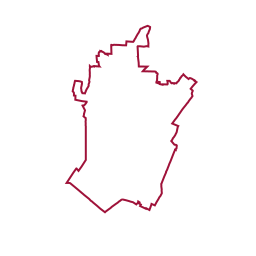 the district of Nicseni, Botosani, Romania, rotated 232°
{"feature_id": "2599482B7435207747893", "entity_name": "Nicseni", "entity_type": "district", "adm_level": 2, "iso_a3": "ROU", "parent_name": "Romania", "parent_adm1": "Botosani", "projection": "natural_earth1", "projection_center": [26.665, 47.868], "detail": "fine", "context": "isolated", "style": "outline", "palette": "rose", "viewbox_px": 256, "rotation_deg": 232, "n_neighbors": 0, "source": "geoboundaries", "source_scale": "gbopen_adm2", "svg_char_len": 5783}
<svg xmlns="http://www.w3.org/2000/svg" viewBox="0 0 256 256"><g transform="rotate(232 128 128)"><path d="M205.8,153.4L205.4,152.8L205.4,152.2L205.6,151.8L205.4,151.5L205.2,151.3L205.1,151.1L204.8,150.8L202.7,149.4L202.9,149.0L203.5,148.5L204.2,147.6L202.9,146.7L202.3,146.3L201.0,145.5L199.1,144.3L198.2,145.3L196.6,144.4L195.3,143.7L194.3,143.4L194.1,143.4L194.4,143.1L194.5,142.8L195.3,142.0L196.0,141.1L196.3,141.0L197.0,140.1L197.4,139.8L197.8,139.2L197.5,139.0L197.9,138.7L198.0,138.4L198.8,136.8L199.0,136.5L199.6,136.2L200.3,136.1L199.8,135.7L198.8,135.1L198.2,134.4L197.2,133.4L195.4,132.2L194.1,131.2L193.7,130.8L192.5,130.0L191.4,128.9L191.0,128.4L189.6,126.8L189.2,126.5L188.4,126.3L188.0,125.9L187.6,125.4L187.1,124.5L186.8,124.0L186.4,123.6L185.5,123.0L185.4,122.8L185.0,122.0L184.6,120.8L184.3,120.2L184.1,119.5L183.6,118.4L183.2,117.9L183.1,117.4L182.6,116.9L182.2,115.8L181.8,115.4L183.5,113.5L183.9,113.7L184.7,113.7L184.8,113.8L185.0,113.8L185.2,114.0L185.6,114.0L185.8,114.1L187.2,115.0L188.2,115.5L188.7,116.0L189.4,116.8L189.8,117.4L190.7,118.3L191.0,118.8L191.6,119.3L192.7,120.0L194.5,118.8L194.8,118.4L195.4,117.9L197.8,115.3L197.7,115.1L197.5,114.9L196.5,113.7L195.7,112.8L195.3,112.1L194.9,111.8L194.5,111.2L194.0,110.6L193.3,109.6L192.8,109.2L192.5,108.8L192.2,108.3L191.9,108.1L191.0,107.0L190.2,107.1L189.2,107.1L188.0,106.3L186.9,105.4L185.8,106.5L182.7,103.9L182.0,104.5L181.8,104.6L181.6,104.8L177.5,108.3L174.2,111.6L173.8,111.3L173.5,110.3L173.2,109.4L173.0,108.4L172.9,107.3L173.5,106.5L173.7,106.0L168.4,105.0L166.6,102.6L166.4,102.2L166.2,102.0L166.0,101.9L164.9,100.7L164.7,100.2L163.1,100.4L161.9,100.8L161.5,100.5L160.1,99.5L159.4,98.7L157.8,97.6L157.3,97.2L156.1,96.2L155.3,95.8L152.9,93.9L128.8,75.1L126.8,69.4L126.2,67.7L124.7,62.6L127.8,62.5L127.9,62.3L126.5,57.6L122.5,45.8L121.1,47.6L120.5,48.2L120.2,48.4L119.9,48.5L110.3,50.6L104.9,51.7L104.1,51.9L102.4,52.2L96.1,53.7L93.6,53.9L92.2,54.4L90.8,54.6L85.8,55.7L81.5,56.5L75.8,58.0L75.9,58.8L75.8,62.9L75.7,64.9L75.8,66.1L75.9,66.8L75.8,67.4L75.8,68.6L75.7,70.3L75.7,71.1L75.5,73.8L75.6,75.4L75.6,76.2L75.5,76.6L75.5,77.0L75.5,78.5L75.5,79.5L75.5,79.4L75.2,79.6L72.5,81.8L69.8,83.8L68.4,84.7L66.5,86.2L62.7,87.5L62.9,88.3L62.8,89.1L62.9,89.5L63.1,89.9L63.3,90.2L63.8,90.8L62.3,91.3L61.9,90.2L59.7,91.0L59.1,89.5L53.3,92.4L53.6,92.9L50.2,94.4L51.5,96.5L53.0,98.9L53.7,99.8L50.5,101.5L52.1,105.1L53.3,108.3L54.1,110.0L54.5,111.8L55.0,112.8L55.6,114.2L55.9,114.6L57.9,115.9L58.9,116.8L61.3,118.2L62.0,118.7L62.4,119.1L63.4,119.7L63.4,119.9L64.2,121.2L67.5,126.8L69.6,130.7L69.9,130.8L70.1,131.1L71.1,133.3L72.0,134.7L73.2,136.8L74.3,138.5L75.0,139.9L75.9,141.5L79.3,147.2L81.0,150.1L81.3,150.8L81.6,151.3L82.1,151.8L82.0,152.0L81.5,152.2L81.8,152.4L82.0,152.7L82.0,153.1L82.0,153.3L82.0,153.5L82.3,153.9L83.3,154.8L83.9,155.5L84.3,155.7L84.8,155.6L85.2,155.4L85.6,155.0L85.8,154.7L86.4,154.3L91.1,154.1L91.3,154.9L91.5,155.6L91.8,156.3L92.2,156.8L92.3,157.2L92.5,158.3L93.2,160.5L93.4,161.0L94.0,162.1L94.2,162.7L94.6,163.4L94.7,163.7L95.2,164.3L98.0,167.6L98.4,168.3L98.6,168.8L104.3,165.6L105.5,169.8L105.7,170.4L105.7,170.7L106.3,173.2L106.5,173.5L106.6,174.2L106.9,175.0L107.1,175.8L107.3,176.2L108.0,178.6L108.7,180.7L109.3,182.7L109.8,184.7L110.4,187.4L111.1,189.9L111.2,191.0L111.3,191.3L111.6,191.9L111.8,192.5L112.6,195.4L112.8,196.6L113.0,197.1L113.2,197.6L113.3,198.2L113.5,198.5L115.8,199.4L115.9,199.5L116.6,200.4L117.4,201.9L117.6,202.0L120.3,201.5L121.0,204.3L121.6,207.4L122.0,210.2L122.5,210.0L123.5,209.7L124.1,209.4L124.3,209.4L124.3,209.5L124.3,209.9L124.8,209.8L126.0,209.2L127.6,208.6L128.3,208.2L129.2,207.6L129.3,207.5L129.3,207.3L129.4,206.6L129.3,205.9L133.1,205.0L136.2,204.7L135.8,203.7L135.8,202.9L135.8,202.4L135.8,202.1L135.3,200.8L135.2,200.6L135.3,200.2L135.2,199.8L134.9,199.2L134.7,198.9L134.4,197.7L134.1,197.4L134.0,197.1L134.0,196.7L133.8,196.1L133.9,195.4L133.9,195.2L133.7,194.5L133.4,193.7L133.5,193.6L135.0,191.9L134.7,191.5L136.2,190.6L136.3,190.3L136.4,189.9L136.7,189.8L137.6,189.7L138.8,189.9L139.5,189.8L140.9,188.0L139.9,187.5L139.4,187.2L139.0,186.9L138.4,186.5L138.1,186.0L138.1,185.8L141.1,182.2L140.8,181.9L143.0,180.1L144.7,181.3L145.4,180.6L144.2,179.7L146.3,178.3L147.0,179.0L147.5,180.0L148.0,180.5L148.6,181.0L148.9,181.2L149.1,181.5L149.6,181.9L150.5,182.6L151.4,183.3L151.6,183.6L152.0,184.3L152.4,184.7L152.7,184.8L153.1,184.8L153.3,184.7L154.1,184.2L154.9,184.5L155.3,184.5L156.1,183.8L163.6,174.6L164.1,176.8L164.1,177.8L164.2,178.4L164.5,181.0L169.8,174.4L172.2,176.1L172.7,176.5L176.4,178.7L177.8,179.6L178.0,179.7L178.3,179.7L178.3,179.9L178.4,180.1L178.6,180.3L182.0,182.7L186.3,185.7L186.4,186.0L186.1,186.4L184.8,188.0L182.4,190.5L181.9,191.3L181.7,191.8L181.2,192.7L181.0,193.1L179.7,194.2L180.0,194.4L180.4,194.8L181.0,195.2L181.7,195.9L182.1,196.2L184.6,197.7L185.3,198.1L188.0,199.2L189.1,199.8L189.4,200.2L189.8,200.9L190.3,202.6L190.9,203.3L192.0,205.2L192.2,205.7L192.4,206.0L193.6,207.3L194.0,207.6L194.9,207.2L195.7,206.7L196.3,206.5L196.4,206.4L196.5,206.1L197.8,201.7L197.8,201.3L198.0,199.9L198.4,199.3L198.4,199.0L198.1,198.0L197.9,197.7L197.2,196.6L196.5,194.9L196.3,194.5L196.1,193.6L194.9,190.7L194.1,189.0L193.9,188.2L193.3,186.9L193.2,186.4L192.9,186.1L192.8,185.7L192.7,185.3L192.7,185.1L197.2,180.1L194.3,177.4L196.6,174.6L199.1,171.9L201.0,169.6L202.0,168.4L202.3,168.0L202.5,167.6L202.6,167.0L202.9,166.7L203.6,166.3L203.8,166.0L203.4,165.6L196.6,160.6L199.2,157.6L198.9,157.3L198.3,157.0L198.8,156.8L199.6,156.2L199.6,156.6L200.0,156.5L200.7,155.8L201.2,155.7L201.5,155.6L201.8,155.5L202.1,155.4L202.3,155.4L202.6,155.4L202.9,155.3L203.0,155.2L203.5,154.9L204.5,154.3L204.7,154.2L204.8,154.4L205.0,154.5L205.3,154.3L205.5,153.5L205.8,153.4Z" fill="none" stroke="#9f1239" stroke-width="2"/></g></svg>